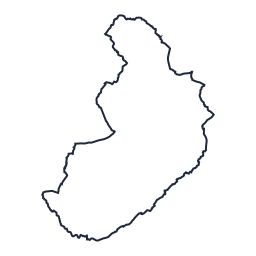 outline of Tha Muang, Kanchanaburi, Thailand
{"feature_id": "78962969B17416379558143", "entity_name": "Tha Muang", "entity_type": "district", "adm_level": 2, "iso_a3": "THA", "parent_name": "Thailand", "parent_adm1": "Kanchanaburi", "projection": "mercator", "projection_center": [99.605, 13.934], "detail": "fine", "context": "isolated", "style": "outline", "palette": "slate", "viewbox_px": 256, "rotation_deg": 0, "n_neighbors": 0, "source": "geoboundaries", "source_scale": "gbopen_adm2", "svg_char_len": 5774}
<svg xmlns="http://www.w3.org/2000/svg" viewBox="0 0 256 256"><path d="M172.7,184.6L172.6,184.3L174.9,183.8L175.8,182.4L177.0,181.6L177.2,181.2L176.6,179.6L177.4,178.8L178.3,178.8L179.4,178.1L180.4,178.1L182.6,176.4L183.2,176.3L183.9,175.6L184.1,174.0L185.3,172.9L185.9,173.1L186.2,172.4L188.0,173.4L188.8,173.6L189.4,172.6L190.1,171.8L191.3,172.3L191.7,171.1L192.2,170.6L192.2,170.2L192.7,169.8L193.3,168.6L194.9,168.0L195.3,168.1L195.7,167.5L196.5,167.1L197.0,165.7L198.6,165.1L199.1,162.2L198.2,161.8L198.1,160.6L198.4,160.3L198.5,159.4L199.8,158.7L200.5,158.0L200.7,156.8L201.7,156.5L203.2,155.6L203.1,154.6L203.3,153.0L203.1,152.4L202.9,152.3L203.4,151.3L203.9,151.1L205.0,151.3L206.0,150.1L205.9,148.9L206.1,145.8L206.6,141.7L206.6,139.9L206.0,137.7L205.3,136.3L203.9,134.1L203.9,130.6L203.7,129.9L204.0,129.8L204.0,128.8L203.1,129.0L202.7,128.4L202.3,126.6L202.6,126.4L202.4,125.9L202.5,125.2L205.3,122.7L207.2,120.1L210.9,117.8L212.2,116.6L213.7,114.7L212.8,113.6L210.2,111.3L208.9,110.9L208.2,110.3L207.8,109.3L207.5,107.0L205.8,106.7L204.9,106.3L204.9,105.2L204.0,104.7L203.8,102.6L201.5,100.5L200.8,98.6L200.3,97.8L199.6,95.7L200.3,93.3L200.5,90.0L201.0,89.5L201.5,88.7L201.6,87.5L202.8,86.4L203.6,85.9L204.1,85.9L204.4,84.9L200.0,82.5L195.8,81.4L192.2,79.8L192.2,78.7L191.3,77.5L191.2,74.8L191.9,72.4L192.6,71.2L191.4,72.0L190.7,72.7L190.4,72.8L188.4,73.2L183.8,73.6L180.4,74.8L178.7,74.8L176.6,74.3L174.9,72.7L175.3,71.7L172.9,70.3L172.8,70.0L172.3,69.7L170.2,69.0L169.8,67.7L168.2,61.2L167.9,58.5L168.1,56.6L170.0,48.5L168.8,47.1L164.8,43.4L163.2,42.8L162.7,42.4L162.3,42.1L162.1,42.3L162.0,42.0L161.6,42.0L161.6,41.7L161.9,41.1L161.8,40.6L161.2,39.3L160.4,39.0L160.4,38.7L160.6,38.2L160.1,37.4L160.0,37.0L160.2,36.8L159.6,36.9L159.4,36.4L159.2,36.4L159.2,35.8L158.3,35.1L157.8,34.9L157.5,35.0L156.7,33.9L155.5,33.1L155.5,31.4L155.8,30.7L155.6,30.5L155.8,29.3L155.7,29.0L155.2,29.1L153.9,28.7L153.0,27.8L152.8,27.2L152.3,27.0L151.5,26.5L151.6,26.1L150.5,25.7L149.1,24.5L146.6,23.1L146.6,22.5L146.0,21.3L144.6,20.6L143.8,19.7L142.5,19.4L141.9,19.5L141.4,18.2L141.0,17.9L138.9,17.6L136.4,17.8L134.6,19.7L134.2,19.6L133.7,19.0L132.9,19.5L132.2,19.1L131.3,19.3L130.4,19.1L130.1,18.6L129.7,19.0L129.3,19.0L127.6,18.7L127.3,19.2L126.6,19.4L126.0,19.2L124.7,17.2L124.5,16.6L123.9,16.3L123.7,15.9L121.4,15.4L119.8,15.4L119.1,15.6L118.2,16.1L117.9,16.9L117.4,17.6L117.3,18.4L116.5,18.5L116.1,19.0L115.2,19.0L114.7,19.8L114.1,20.1L114.1,21.1L113.6,22.3L113.5,23.9L113.0,24.8L112.5,25.0L111.6,24.9L111.3,25.1L110.9,25.6L110.8,26.9L110.4,27.6L108.7,29.3L106.2,33.0L105.1,33.9L105.7,34.7L106.6,34.8L109.4,36.2L110.0,36.2L110.7,36.6L111.1,37.4L110.5,39.0L110.6,39.4L113.4,42.3L114.0,43.4L114.0,44.0L112.8,46.1L112.9,47.3L113.5,47.9L113.9,48.7L114.6,49.2L115.0,50.3L116.6,50.6L117.0,52.2L118.1,52.2L118.3,54.8L119.9,55.6L121.7,56.2L122.6,56.6L122.9,57.1L123.2,58.6L122.9,58.8L123.1,59.5L124.4,60.7L125.1,60.9L127.0,63.0L126.1,64.5L124.5,65.3L123.7,66.0L123.1,66.2L122.8,66.5L122.6,67.6L122.4,70.8L121.8,71.6L119.9,73.1L119.5,74.1L118.5,74.6L118.6,76.7L118.2,77.7L117.8,78.1L117.9,79.2L117.8,79.9L116.8,81.6L116.4,82.0L115.6,82.1L114.1,81.6L112.9,83.6L112.1,84.2L110.9,83.3L109.0,82.7L106.7,82.4L106.0,82.7L105.9,82.5L104.7,83.4L105.5,84.2L105.5,84.4L102.2,88.4L101.4,89.1L100.9,92.6L99.0,94.0L99.0,94.4L98.4,95.1L98.6,95.7L97.7,96.9L97.0,97.5L96.6,98.4L96.5,99.6L96.5,100.8L96.9,102.0L96.6,102.9L96.7,103.6L96.8,103.8L98.3,105.0L99.4,107.3L100.2,107.3L100.9,107.8L106.1,121.2L107.1,122.1L108.0,124.3L110.9,128.6L111.7,130.2L114.5,131.3L114.7,131.8L113.4,133.2L112.8,134.1L111.8,134.6L109.8,136.4L107.2,137.9L103.9,139.2L99.5,140.1L91.2,142.7L89.0,142.5L85.9,143.3L84.4,143.5L80.7,143.4L75.3,143.7L75.4,144.5L75.3,145.3L74.3,146.7L74.4,147.3L73.9,147.5L74.4,148.0L74.4,148.4L73.2,150.8L72.7,153.9L71.5,153.4L68.7,153.8L68.8,154.1L68.2,155.8L66.5,157.8L66.9,158.1L66.2,162.5L66.7,162.8L66.4,164.6L66.1,164.6L65.8,166.4L65.2,166.5L65.1,168.2L64.3,168.2L64.2,169.3L64.4,172.1L65.1,172.2L67.2,175.2L66.8,176.2L62.9,181.5L62.2,182.9L61.8,184.3L60.9,184.0L58.7,188.7L58.5,190.9L58.1,192.9L52.1,190.9L46.2,191.5L44.8,191.8L43.4,192.4L42.3,194.8L42.9,195.2L42.9,196.1L43.2,196.8L43.1,198.2L44.1,198.7L44.5,199.5L45.6,200.0L46.3,200.7L46.4,202.7L46.6,202.9L47.6,203.4L48.2,206.3L49.4,207.9L50.4,209.9L50.9,210.0L51.4,210.9L52.0,211.5L52.8,211.6L53.3,210.8L53.7,210.6L56.4,212.6L56.7,215.3L56.9,215.5L58.0,215.8L58.7,216.3L59.0,217.7L59.5,219.0L59.6,220.4L60.1,221.2L60.1,222.3L60.8,223.7L60.9,224.9L61.5,225.4L64.1,226.7L64.4,227.1L64.6,228.1L65.1,228.6L65.8,228.9L66.8,228.8L67.4,230.9L68.3,231.9L70.0,232.0L70.6,232.3L72.1,235.7L72.4,236.1L72.9,236.3L73.7,236.2L75.6,235.0L76.3,234.9L77.2,235.3L78.0,237.3L78.5,237.7L79.0,237.8L79.4,237.5L80.6,235.0L81.3,235.1L82.7,236.1L83.9,235.9L84.3,236.4L84.8,236.6L85.2,236.6L86.8,235.6L87.1,236.5L86.9,239.0L87.1,239.5L88.1,239.1L89.7,240.0L91.0,238.6L92.0,238.4L93.2,238.7L96.1,240.4L97.3,240.6L98.5,240.3L101.1,239.2L101.8,239.1L102.9,238.5L105.9,237.8L108.4,236.9L111.5,233.8L112.4,233.2L114.6,232.3L114.8,231.9L116.2,231.6L117.0,230.6L117.3,229.4L117.9,229.1L118.0,228.8L120.0,227.3L121.4,226.5L123.0,226.0L123.4,226.6L126.3,224.7L127.3,224.7L129.1,224.3L131.3,222.3L132.4,220.5L133.6,219.6L134.0,218.8L135.4,217.1L138.9,213.5L139.7,213.4L141.1,212.8L141.5,213.1L141.5,214.0L142.2,214.2L143.8,213.4L147.2,210.2L148.6,210.5L149.7,210.9L150.5,210.8L152.0,208.7L151.8,208.5L152.2,207.7L154.7,205.8L153.9,204.4L155.2,202.9L157.0,199.8L158.4,199.2L159.3,198.4L162.6,196.7L162.8,196.0L164.3,194.0L165.2,194.2L165.3,193.6L165.1,193.3L165.2,192.8L164.7,192.1L164.6,190.6L165.6,190.5L165.8,190.7L166.9,190.0L167.6,189.8L167.6,189.4L168.7,188.5L169.6,187.2L170.7,186.1L172.0,184.9L172.7,184.6Z" fill="none" stroke="#1e293b" stroke-width="2"/></svg>